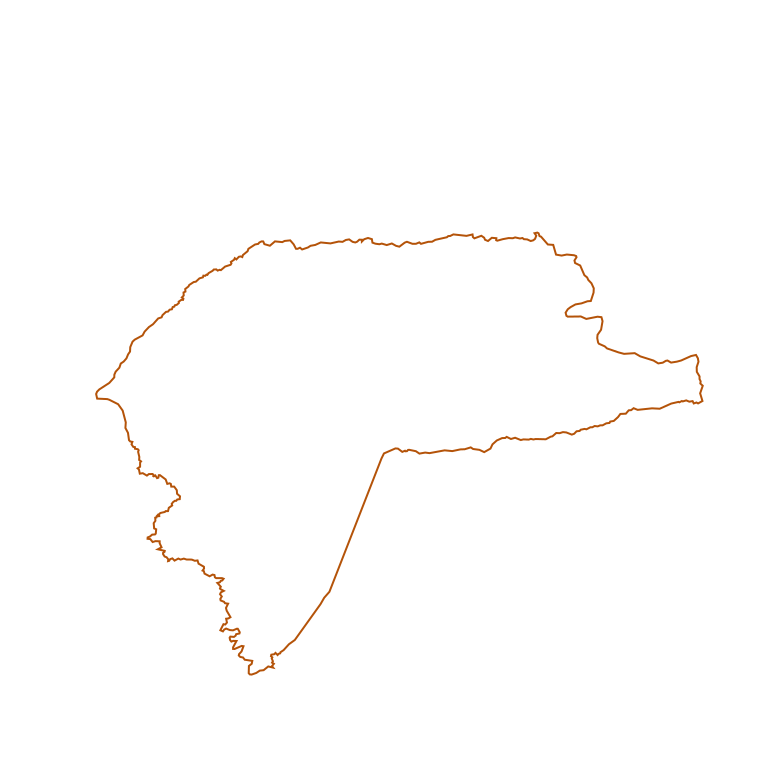 Mavago, Niassa, Mozambique, rotated 59°
{"feature_id": "85939544B69199020344442", "entity_name": "Mavago", "entity_type": "district", "adm_level": 2, "iso_a3": "MOZ", "parent_name": "Mozambique", "parent_adm1": "Niassa", "projection": "equal_earth", "projection_center": [36.395, -12.167], "detail": "fine", "context": "isolated", "style": "outline", "palette": "amber", "viewbox_px": 768, "rotation_deg": 59, "n_neighbors": 0, "source": "geoboundaries", "source_scale": "gbopen_adm2", "svg_char_len": 6165}
<svg xmlns="http://www.w3.org/2000/svg" viewBox="0 0 768 768"><g transform="rotate(59 384 384)"><path d="M556.1,645.0L562.2,648.9L563.8,648.6L564.9,647.1L565.9,642.3L565.7,638.1L567.3,634.6L566.5,628.7L570.0,625.1L568.1,625.3L567.1,622.5L565.2,623.5L564.4,622.0L561.5,621.6L560.8,620.5L559.1,621.1L558.0,620.0L559.1,617.2L558.6,615.5L561.5,614.8L561.0,613.4L561.4,611.7L560.6,610.9L560.4,607.1L558.1,599.5L557.5,592.3L540.0,551.8L536.4,545.3L534.0,537.8L446.6,424.6L443.5,419.8L445.1,407.4L446.6,405.3L451.6,403.3L452.0,400.4L452.7,400.3L453.4,398.9L452.9,397.3L453.4,396.3L458.0,391.3L461.9,389.5L464.0,384.0L466.7,380.6L472.1,366.2L476.7,360.0L479.4,352.2L481.5,348.4L483.0,342.3L485.6,341.1L489.6,336.1L494.0,333.2L494.2,326.0L491.6,322.1L490.5,316.4L491.2,310.6L492.7,307.9L492.5,306.1L496.5,303.5L497.6,299.3L502.5,295.6L503.3,293.0L506.2,288.6L506.7,286.4L508.5,284.5L509.3,282.3L514.7,273.8L515.0,268.2L515.6,266.6L514.7,261.6L516.6,258.8L517.4,255.4L519.4,252.7L524.1,249.1L524.6,246.6L523.7,243.3L525.0,240.5L524.5,239.0L525.8,235.2L527.1,233.8L527.4,229.3L528.4,227.7L528.5,225.1L530.4,222.6L530.8,220.0L532.0,218.0L532.2,213.7L533.5,210.8L532.7,209.4L534.0,206.1L532.9,200.5L531.4,196.8L534.0,192.0L532.6,187.8L533.7,185.6L533.3,182.5L536.8,179.9L542.9,166.8L547.2,160.4L548.7,147.9L551.0,140.8L551.8,140.3L552.0,137.4L552.8,136.9L553.7,133.4L556.4,131.4L557.6,128.3L560.2,128.5L560.8,125.7L562.4,124.8L562.6,119.8L554.8,117.8L549.7,111.7L546.5,112.6L544.8,111.2L542.3,111.0L540.0,109.6L534.7,109.6L530.6,107.3L526.9,103.0L523.6,101.7L519.8,101.6L518.2,106.4L516.9,117.2L515.7,121.4L513.5,126.9L509.9,128.9L509.3,130.5L509.3,134.1L507.6,138.3L502.7,140.9L492.3,150.1L486.7,153.2L481.8,162.7L477.8,166.6L468.4,174.5L465.4,175.4L460.1,179.1L458.7,179.1L454.5,177.6L451.8,175.6L449.3,170.0L442.7,164.3L438.7,163.2L436.3,166.3L432.4,177.1L427.5,180.5L420.9,191.8L419.5,192.5L416.4,191.6L414.6,188.0L414.2,184.5L414.4,178.9L416.6,173.2L417.9,166.9L419.4,164.0L413.6,157.3L410.0,154.9L404.5,154.3L400.0,155.3L397.3,155.0L393.9,156.2L383.5,154.8L378.7,157.9L376.2,157.1L374.5,153.7L373.3,153.4L371.5,154.8L367.2,160.6L365.4,165.6L361.7,169.9L351.9,167.3L348.8,171.7L338.6,173.5L337.4,174.5L334.4,173.9L333.2,174.6L332.3,177.3L335.3,177.1L337.4,179.8L337.7,182.1L337.0,184.6L333.8,186.8L331.9,189.5L330.2,190.1L329.3,192.5L325.9,196.1L325.4,198.5L323.1,202.0L321.0,207.7L319.5,213.1L318.5,213.8L316.9,212.6L314.2,216.3L315.0,221.2L312.4,223.1L310.2,222.8L307.1,224.2L305.7,231.5L303.8,232.1L301.4,231.1L299.5,237.0L291.5,247.5L291.2,251.1L290.3,252.7L290.6,254.5L286.9,265.7L286.8,269.5L284.9,272.9L282.9,280.1L280.8,280.8L280.3,284.3L278.5,287.4L273.9,291.1L273.5,293.4L274.2,300.1L271.8,302.5L267.6,304.9L266.3,310.1L262.5,313.6L261.8,316.0L259.3,319.1L256.9,321.1L253.6,319.8L250.6,322.5L249.7,326.4L250.5,329.6L248.9,328.7L247.6,330.8L248.2,333.8L247.9,335.7L246.0,337.7L242.1,339.4L240.9,342.5L240.8,346.3L238.6,349.4L235.9,357.5L230.1,365.3L229.4,371.3L227.7,375.8L227.8,378.9L226.5,384.9L223.9,385.8L223.6,388.4L222.8,389.8L217.8,389.5L212.6,390.4L210.2,395.5L210.0,398.1L205.6,404.0L206.7,410.6L202.5,414.5L199.6,414.1L198.7,415.5L198.5,418.0L199.1,419.6L198.0,422.7L198.3,430.6L199.9,432.5L200.8,438.5L202.2,440.1L200.9,441.0L200.2,442.9L201.2,446.4L199.3,447.1L200.3,448.6L200.5,452.4L202.1,452.7L202.8,454.1L201.5,459.7L202.4,465.2L201.5,466.0L201.1,468.2L199.4,468.7L198.2,471.0L198.7,472.6L198.6,477.3L199.5,479.2L198.8,479.8L199.2,481.5L198.1,483.0L199.3,484.3L198.4,487.8L199.4,492.6L198.6,494.6L198.8,499.9L199.7,501.4L200.2,505.5L202.5,506.6L202.3,508.7L205.0,510.1L205.7,512.7L207.5,512.0L208.4,512.9L207.5,514.4L207.7,517.6L208.9,518.1L209.4,520.9L208.8,522.7L209.7,523.9L209.2,525.5L210.7,527.3L209.9,529.5L210.7,531.8L209.9,533.7L210.9,538.4L212.3,540.3L211.5,543.8L213.8,551.2L214.1,556.1L215.8,562.2L218.0,565.9L217.6,574.8L218.2,577.7L221.7,582.5L225.4,585.0L226.8,588.1L229.4,591.6L230.7,595.6L230.9,599.1L233.7,602.4L235.2,607.6L237.1,610.3L239.4,611.8L241.6,618.9L242.0,630.8L242.8,633.9L244.3,635.9L248.8,637.4L254.4,629.0L256.0,627.6L264.4,622.3L272.2,621.7L283.9,625.1L288.5,628.3L294.0,628.6L300.8,631.5L302.6,631.1L304.0,629.5L305.7,631.5L308.8,631.3L309.8,630.0L311.2,630.8L313.1,628.6L314.4,628.4L315.5,629.7L320.5,631.3L323.0,633.0L325.2,632.1L325.7,633.5L329.3,635.7L329.4,638.6L331.1,638.1L335.1,639.5L336.2,636.7L340.4,634.4L340.1,631.9L342.0,628.7L343.2,628.4L344.1,629.2L344.6,628.9L344.6,627.1L347.8,627.0L348.1,625.7L346.2,624.0L346.7,623.0L353.4,620.3L358.0,621.2L358.7,618.9L359.8,618.2L362.4,619.2L363.9,616.7L368.3,616.3L371.5,617.9L375.2,616.7L377.5,618.4L376.5,620.7L377.1,622.2L376.4,623.4L376.6,625.6L377.4,627.7L379.0,628.1L379.3,632.2L381.7,634.6L380.5,636.7L380.8,637.8L379.4,642.1L379.8,643.9L381.5,644.7L380.8,646.1L380.5,645.0L379.7,645.1L380.3,647.1L381.2,647.8L380.8,649.0L383.5,650.4L384.7,653.1L389.4,655.4L391.2,654.1L394.7,656.7L395.0,657.8L393.7,660.3L394.2,663.3L393.8,665.6L394.9,666.4L396.6,664.2L400.3,663.7L401.0,660.8L403.3,657.3L404.9,658.3L409.4,658.8L409.2,663.0L414.1,657.9L414.8,658.5L415.0,660.4L416.1,661.0L418.9,660.9L420.5,659.6L423.3,659.2L424.6,660.3L424.9,659.2L424.0,657.5L424.5,655.2L427.5,654.5L427.7,650.2L429.7,648.8L430.6,645.5L432.7,643.7L435.5,639.2L438.1,637.2L439.2,634.7L442.5,635.5L447.9,632.5L449.5,633.3L450.5,635.6L451.6,634.8L454.1,635.5L459.0,632.5L459.1,629.1L460.4,627.7L462.6,628.5L463.9,627.9L466.9,622.9L468.3,621.8L469.1,623.8L468.7,625.3L469.4,626.7L468.7,629.3L473.7,628.3L474.7,629.9L475.5,629.9L478.8,627.9L478.6,631.1L479.7,632.8L482.6,632.5L483.9,635.0L485.4,635.5L488.3,633.3L490.0,633.2L492.0,630.8L494.6,634.8L497.3,635.6L504.8,635.7L504.8,638.1L503.9,640.2L507.6,641.5L508.4,644.0L507.2,645.3L510.8,651.1L513.1,649.5L512.2,647.5L512.3,645.3L515.5,642.9L517.4,640.3L518.0,636.1L518.5,635.4L522.5,635.5L523.4,636.4L522.3,639.6L523.3,640.8L523.5,642.9L521.4,645.8L522.0,647.0L524.2,647.8L526.2,647.5L526.5,645.6L528.3,642.8L532.0,649.0L533.4,649.8L534.2,648.5L535.2,640.9L536.4,639.5L539.9,643.9L540.9,647.4L541.9,648.3L543.9,647.8L545.8,645.7L548.6,645.4L553.5,639.5L555.7,641.5L556.1,645.0Z" fill="none" stroke="#b45309" stroke-width="2"/></g></svg>